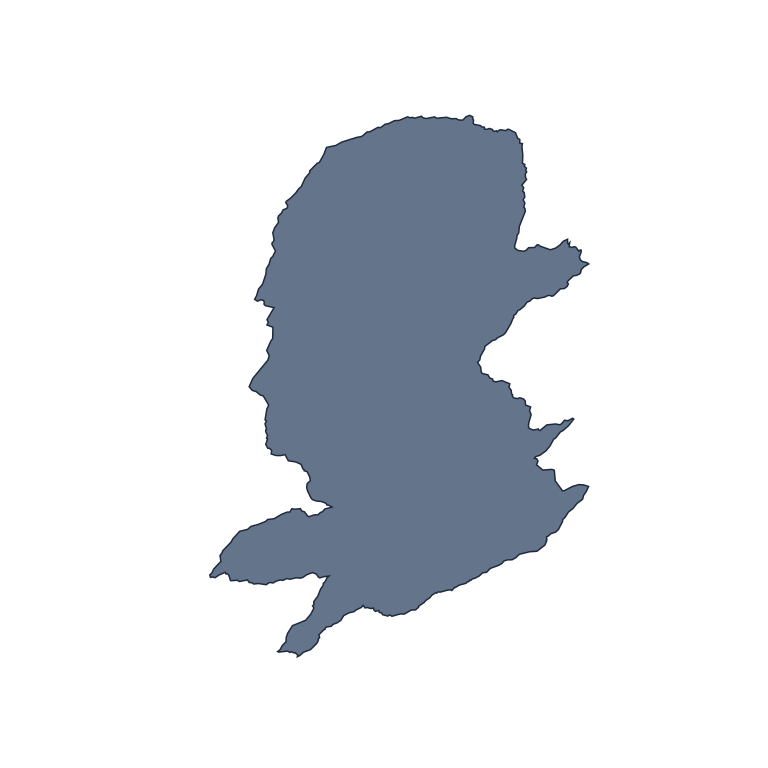 the district of Chitagà, Norte de Santander, Colombia, rotated 234°
{"feature_id": "7082276B34318906622646", "entity_name": "Chitagà", "entity_type": "district", "adm_level": 2, "iso_a3": "COL", "parent_name": "Colombia", "parent_adm1": "Norte de Santander", "projection": "equal_earth", "projection_center": [-72.568, 7.068], "detail": "fine", "context": "isolated", "style": "filled", "palette": "slate", "viewbox_px": 768, "rotation_deg": 234, "n_neighbors": 0, "source": "geoboundaries", "source_scale": "gbopen_adm2", "svg_char_len": 6171}
<svg xmlns="http://www.w3.org/2000/svg" viewBox="0 0 768 768"><g transform="rotate(234 384 384)"><path d="M609.2,476.5L605.2,470.5L601.3,462.1L601.8,459.3L600.1,449.2L598.6,448.1L597.0,441.4L592.3,432.9L592.1,429.8L590.5,425.1L589.3,418.2L589.2,412.2L588.4,411.1L585.5,411.1L583.6,409.8L583.3,408.4L584.2,404.7L582.5,401.5L582.0,397.6L580.8,395.8L576.8,393.7L574.7,387.5L571.7,382.9L565.3,379.9L564.3,378.4L564.0,376.4L562.7,375.4L555.4,374.4L552.6,369.0L552.1,366.1L548.5,361.5L546.5,356.7L542.4,353.1L536.2,344.6L534.5,338.2L530.3,332.8L528.6,329.1L525.4,330.3L524.4,334.1L522.5,335.5L520.8,335.4L519.0,333.8L517.2,334.0L510.4,339.9L504.8,327.1L501.9,326.7L500.5,324.0L495.2,327.5L486.2,320.6L485.1,317.4L480.1,308.8L474.4,307.8L471.6,304.1L465.6,281.1L461.1,273.3L456.3,273.6L453.0,276.1L447.6,277.5L445.5,279.3L435.4,278.4L434.2,277.6L432.7,274.6L424.9,266.7L423.3,267.2L421.7,264.3L416.4,262.4L416.3,261.4L415.0,260.3L410.9,259.5L409.1,257.1L408.2,257.7L404.6,252.8L400.4,252.2L399.1,253.6L396.2,254.0L393.7,251.6L389.6,254.6L386.9,258.2L385.0,262.4L378.1,261.5L372.8,266.8L367.7,269.7L363.0,268.5L361.4,269.0L360.8,268.4L358.2,270.3L352.4,269.2L349.1,267.6L348.6,263.3L345.7,260.6L342.8,259.4L334.6,257.9L332.6,258.1L329.1,260.5L325.7,264.3L321.4,267.1L319.7,266.6L318.7,267.8L314.9,269.6L317.7,262.6L316.8,259.2L317.4,257.1L317.0,253.4L318.9,251.2L320.8,245.3L321.7,244.7L327.4,244.5L329.7,242.8L332.3,243.1L335.3,238.0L337.3,236.1L335.7,232.6L337.2,230.5L338.8,224.6L339.6,215.9L342.8,210.2L342.4,207.4L344.4,199.5L347.0,192.7L346.6,188.0L349.7,180.7L347.5,170.5L346.0,167.3L343.8,155.3L342.8,154.2L341.6,150.5L336.4,147.8L334.4,137.5L332.2,133.5L332.0,130.9L329.6,129.9L328.7,131.8L326.6,133.5L326.4,138.5L324.9,145.0L323.3,144.5L322.2,145.8L320.5,146.1L315.1,144.2L311.4,150.0L309.2,150.9L305.7,158.4L302.6,158.3L300.9,160.2L298.7,161.1L296.4,165.1L290.9,170.7L290.7,174.8L288.2,177.3L287.9,180.8L286.4,185.0L284.5,186.8L283.8,190.9L281.3,193.2L278.9,198.9L275.9,202.5L275.2,204.9L275.1,209.5L273.5,215.2L269.9,217.6L266.7,217.4L264.8,218.1L263.6,221.9L261.0,226.5L260.8,224.2L258.7,220.2L258.3,217.6L256.7,216.2L255.5,212.4L251.3,205.8L249.2,199.2L246.7,197.7L246.4,195.7L244.7,195.8L243.6,195.0L240.9,189.6L238.9,181.8L242.3,167.9L238.9,159.4L236.3,155.8L233.1,153.2L232.2,148.0L230.1,143.6L230.1,140.7L229.0,141.2L224.5,149.1L222.2,150.0L221.6,151.9L219.4,153.0L218.9,154.1L215.4,154.9L214.3,153.6L213.8,156.4L214.3,161.2L212.3,168.5L213.7,177.3L215.2,180.1L216.3,180.8L216.5,182.7L219.4,184.0L220.5,190.9L220.2,192.0L221.1,193.1L221.2,194.7L219.0,198.9L219.5,201.5L218.3,205.8L218.2,210.2L220.3,215.3L219.5,221.0L217.4,226.0L217.6,228.7L216.6,234.2L217.1,237.1L214.0,237.0L213.0,239.1L210.0,241.4L209.0,243.8L207.2,243.0L205.1,243.4L203.8,246.7L202.0,245.9L200.1,247.6L198.3,247.2L194.0,250.7L193.7,253.1L191.4,253.9L188.4,262.1L185.9,265.2L185.1,273.2L182.7,276.7L183.1,280.6L183.9,281.9L183.7,288.2L184.3,290.7L184.1,295.3L185.0,298.5L184.7,303.2L183.9,303.7L184.0,305.6L182.6,307.1L179.9,314.2L178.2,317.1L177.1,317.4L177.9,321.7L177.4,322.1L177.1,326.6L174.6,333.1L174.9,335.3L174.3,336.3L174.8,338.3L174.1,338.7L174.4,341.1L173.4,343.2L172.7,348.4L173.3,352.7L171.4,356.4L172.3,361.7L169.8,370.7L169.5,374.0L170.3,377.0L169.2,380.4L166.5,384.3L166.0,388.5L166.7,393.4L162.7,403.2L158.8,409.4L159.1,419.4L161.1,422.9L161.8,423.0L161.9,424.0L164.8,425.6L164.4,427.9L164.9,430.9L163.3,435.7L163.7,439.5L167.7,447.4L169.3,449.1L169.8,452.4L172.0,457.9L172.2,463.6L173.9,469.9L174.0,476.9L176.6,480.0L178.0,484.2L180.9,489.3L185.1,486.1L188.1,482.5L190.4,476.1L191.7,467.3L192.7,465.6L205.0,465.6L214.1,471.1L216.3,469.6L221.0,461.9L228.9,459.9L231.2,463.3L233.7,463.6L235.6,462.0L236.1,464.0L234.7,468.2L234.7,475.6L236.3,481.9L239.6,488.8L239.4,491.1L241.5,498.4L241.1,501.2L241.8,508.8L244.1,516.9L245.4,516.5L246.2,511.1L248.6,508.8L247.5,504.5L247.6,502.4L250.9,499.2L255.2,491.7L254.7,482.8L255.9,482.1L256.8,482.5L259.0,477.7L262.7,475.4L265.1,476.1L267.9,478.8L272.7,485.0L276.9,486.1L279.2,489.1L283.8,486.2L287.4,488.3L289.9,488.1L293.0,485.8L293.7,483.5L296.4,480.8L298.9,480.7L299.6,481.7L300.9,481.4L304.4,483.3L307.8,483.1L310.2,485.9L317.4,481.5L320.1,475.6L322.3,474.0L324.2,474.8L326.9,473.0L330.2,473.5L334.7,469.8L336.4,469.6L340.7,472.1L346.4,472.4L347.2,475.7L349.9,478.6L353.3,486.0L355.1,487.6L355.4,497.3L354.2,500.4L354.7,502.4L353.6,509.5L354.0,512.3L358.2,522.0L361.3,526.9L361.4,527.9L363.2,529.2L363.1,531.8L364.7,535.6L364.2,537.9L364.6,543.3L366.1,547.6L365.4,550.7L365.8,554.5L365.4,555.9L362.9,558.4L359.8,565.3L359.3,568.3L358.1,570.3L356.4,571.3L355.8,573.0L357.3,582.6L355.2,586.0L355.3,589.6L356.6,592.0L358.5,591.8L359.3,593.8L360.2,600.7L358.8,603.4L358.1,606.6L358.3,608.2L360.7,611.1L361.3,614.8L360.8,620.2L362.7,619.6L366.7,616.4L369.2,615.8L372.1,616.9L374.8,621.0L376.5,622.2L377.1,621.5L377.0,619.7L382.1,619.6L383.2,618.7L384.0,616.4L386.3,614.5L389.3,617.4L388.9,615.4L389.9,615.2L393.2,617.6L394.1,612.9L393.0,607.8L393.1,602.7L394.8,597.5L403.6,591.4L406.1,590.6L406.6,589.4L405.9,586.1L409.3,581.1L408.6,577.8L409.2,575.1L413.5,570.7L417.1,569.8L419.0,570.9L424.1,577.4L425.7,578.5L427.1,581.9L432.0,586.2L440.6,599.8L443.1,601.2L445.0,601.1L447.6,604.3L451.4,604.9L452.4,607.7L456.6,610.0L458.5,609.5L460.8,612.4L463.8,612.4L465.7,619.6L467.9,619.9L470.8,621.7L471.8,624.2L473.4,624.1L474.9,626.1L477.6,625.5L478.8,627.0L481.2,625.8L487.4,630.7L494.8,635.0L497.1,637.3L499.0,635.4L502.0,637.6L504.5,636.6L510.0,638.1L516.8,634.6L517.4,633.8L517.4,631.4L521.0,628.0L521.7,626.2L521.5,623.9L522.7,623.9L523.6,621.7L524.7,620.9L526.1,621.4L528.7,619.6L529.6,616.9L531.3,615.1L532.7,616.2L534.5,614.3L536.4,613.9L541.1,609.5L542.8,609.6L544.9,611.6L546.5,611.7L548.0,612.8L551.0,611.2L552.0,607.5L551.2,603.2L551.9,601.8L554.1,599.3L556.3,598.4L559.1,594.3L563.0,591.4L568.1,582.8L570.3,582.0L573.9,574.3L576.3,572.1L578.6,571.7L581.1,564.9L582.9,563.9L584.0,561.6L586.3,560.1L588.4,551.1L590.9,547.3L592.0,540.6L593.5,537.8L593.4,531.9L595.2,530.0L596.4,520.7L597.9,518.4L597.3,512.7L597.7,510.6L599.5,507.0L604.5,492.2L605.3,485.3L609.2,476.5Z" fill="#64748b" stroke="#1e293b" stroke-width="1.5"/></g></svg>